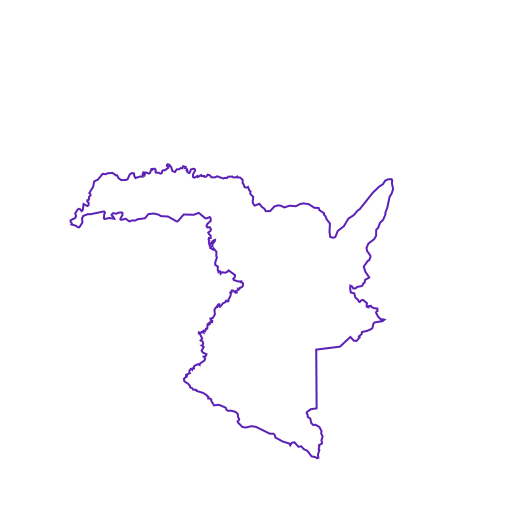 Nova Xavantina, Mato Grosso, Brazil (Mercator projection), rotated 218°
{"feature_id": "56859067B60221842675231", "entity_name": "Nova Xavantina", "entity_type": "district", "adm_level": 2, "iso_a3": "BRA", "parent_name": "Brazil", "parent_adm1": "Mato Grosso", "projection": "mercator", "projection_center": [-52.318, -14.678], "detail": "fine", "context": "isolated", "style": "outline", "palette": "violet", "viewbox_px": 512, "rotation_deg": 218, "n_neighbors": 0, "source": "geoboundaries", "source_scale": "gbopen_adm2", "svg_char_len": 6148}
<svg xmlns="http://www.w3.org/2000/svg" viewBox="0 0 512 512"><g transform="rotate(218 256 256)"><path d="M83.3,134.3L82.6,135.4L84.8,137.4L86.6,142.1L87.5,142.1L88.7,144.7L89.6,145.0L89.9,146.0L88.6,148.5L89.1,149.6L91.0,151.1L92.4,154.8L95.5,156.4L96.5,158.3L100.9,160.3L105.3,159.6L106.8,158.0L109.6,158.4L113.1,161.3L116.3,161.1L117.4,162.5L119.5,163.5L119.8,164.5L118.5,169.0L114.5,173.2L115.0,174.0L150.9,219.3L134.0,236.3L131.8,250.3L126.8,249.5L124.5,250.9L124.2,255.7L125.4,255.9L124.7,259.4L125.7,261.3L122.3,265.5L120.3,269.2L119.9,270.8L121.9,275.3L121.5,276.9L116.3,282.4L115.6,284.8L117.5,284.0L118.2,282.9L122.6,283.4L126.6,285.3L126.9,286.6L126.4,287.5L128.0,289.3L131.1,287.5L133.7,286.9L134.8,287.5L136.3,285.9L135.7,284.8L136.8,284.4L137.8,284.3L139.5,287.1L144.6,287.3L145.6,286.2L146.0,283.6L147.0,283.4L148.7,284.3L152.0,284.4L155.6,287.1L158.8,285.6L161.6,288.1L163.4,290.7L161.5,291.1L159.3,290.3L157.6,291.8L157.2,294.0L154.3,297.3L153.9,298.4L154.6,300.2L154.0,301.7L155.3,304.4L153.5,308.8L160.3,311.0L164.6,314.0L164.9,321.2L164.2,322.1L165.0,325.3L165.9,326.6L171.6,328.4L173.9,330.4L175.1,335.0L173.3,341.8L173.5,343.9L173.9,346.0L177.4,350.6L177.1,353.5L178.7,358.4L178.1,362.8L179.6,368.5L180.6,369.5L182.5,375.4L187.1,384.7L187.6,388.9L189.2,393.2L193.6,396.9L195.4,399.6L196.5,400.0L199.2,397.6L200.6,394.9L200.2,390.6L201.6,386.7L202.9,378.1L203.1,356.6L203.9,354.4L204.1,348.5L206.2,342.3L205.1,333.6L207.0,326.0L205.4,320.7L205.4,319.3L206.4,317.9L209.2,316.7L212.9,320.2L217.7,327.1L222.9,328.4L225.7,330.1L228.0,330.5L228.7,331.6L234.3,331.2L236.2,332.4L239.7,329.9L246.4,329.3L250.9,326.7L253.1,324.4L255.3,319.7L260.5,316.3L263.6,311.7L267.2,311.0L269.8,309.5L272.0,306.3L272.5,300.1L275.9,297.3L278.3,298.4L281.7,298.3L285.5,299.2L288.1,294.9L289.4,295.1L291.8,296.4L294.5,300.8L298.9,301.5L300.1,303.5L301.5,303.5L304.8,305.5L305.3,304.3L307.3,303.2L310.1,305.0L311.1,305.0L313.6,307.9L317.0,308.0L318.9,306.5L319.7,307.0L320.0,305.9L322.3,303.9L323.6,304.0L326.8,301.3L326.9,299.4L328.5,298.6L329.5,296.9L335.7,294.9L336.6,292.8L339.7,290.5L341.9,291.2L344.1,290.4L344.0,288.1L345.4,286.6L346.2,287.1L348.0,285.5L349.1,286.0L350.4,282.5L351.4,283.0L352.7,279.8L354.4,279.5L355.9,281.7L356.6,285.9L357.7,286.7L358.9,286.4L360.5,284.3L359.5,280.4L361.5,279.8L362.3,280.9L363.3,280.6L363.5,281.8L365.1,282.1L365.9,281.6L366.2,282.8L368.7,281.9L368.0,279.7L369.5,279.0L369.9,277.1L371.8,275.5L371.6,272.2L374.3,271.5L377.5,273.8L380.2,274.5L382.0,274.0L382.3,273.0L381.6,272.1L379.8,272.3L379.4,271.5L380.7,267.2L382.0,266.4L382.2,265.1L381.3,263.3L382.1,262.0L384.0,261.7L386.1,260.1L387.4,260.7L387.8,261.9L389.4,262.5L391.8,260.3L390.9,259.7L391.6,258.7L390.6,256.3L391.1,255.0L393.4,254.4L396.4,252.5L394.1,248.7L396.2,247.4L399.0,243.2L401.6,244.4L403.0,246.0L405.0,244.8L405.7,242.6L404.4,237.2L405.7,235.5L408.8,232.9L412.2,232.7L415.1,234.1L415.9,233.3L420.2,233.1L423.6,230.1L425.1,227.6L427.4,226.4L427.6,218.9L429.4,215.1L427.0,210.4L426.1,203.0L424.6,202.8L423.7,201.9L424.0,199.8L422.3,197.5L423.3,196.0L422.7,195.2L420.4,194.8L419.2,192.7L419.7,191.5L423.9,190.8L420.9,185.8L421.0,184.0L423.2,184.6L424.7,184.1L425.1,182.9L424.8,178.4L422.3,176.7L421.9,174.5L424.1,170.1L423.4,169.0L420.9,168.1L420.8,167.2L417.4,168.7L413.5,169.2L412.9,169.9L413.4,175.5L416.2,178.5L416.8,181.2L414.2,185.6L412.3,186.8L403.9,196.8L402.9,197.6L401.6,197.1L401.3,195.4L398.9,191.9L398.1,191.9L395.0,195.6L390.6,198.1L393.0,199.2L394.4,199.0L395.1,199.5L395.2,200.9L394.9,201.9L392.3,203.1L390.9,205.7L388.6,207.7L387.7,207.7L386.4,205.9L385.9,201.9L385.2,201.3L384.2,201.7L381.7,205.1L377.1,205.3L375.7,207.6L373.0,209.6L371.9,212.1L366.7,217.4L366.6,222.8L362.5,226.7L357.9,228.7L355.5,228.9L349.5,233.0L339.7,234.4L339.0,235.4L338.5,244.2L330.4,250.2L327.6,254.8L319.2,254.5L318.2,255.1L316.4,258.2L315.2,257.9L313.3,255.9L314.1,251.5L313.5,249.1L311.8,248.6L310.2,250.2L308.0,249.4L307.3,247.5L308.1,245.1L306.3,244.2L304.4,244.2L302.8,242.3L304.2,241.2L303.5,239.8L302.4,239.5L301.8,238.0L299.4,236.0L299.3,241.5L298.2,243.4L297.6,242.3L297.7,238.4L296.2,236.8L297.4,235.6L297.1,234.2L293.7,234.6L293.9,235.9L289.7,234.9L287.3,231.5L285.9,230.8L284.3,226.1L282.6,223.9L279.5,224.2L277.9,221.8L275.8,220.3L275.8,221.3L274.9,221.8L273.0,220.2L272.8,222.3L270.2,223.7L268.9,225.7L268.7,227.8L260.7,228.0L259.6,226.1L259.9,224.0L258.6,223.4L254.1,225.1L252.1,226.9L251.7,226.0L250.4,226.7L249.4,226.4L248.3,225.2L247.8,223.1L249.1,221.1L248.8,220.2L250.0,219.3L249.0,218.7L250.4,215.6L248.8,215.3L249.3,214.6L253.1,214.6L254.0,213.8L252.9,212.2L253.7,211.3L252.5,210.7L251.5,208.6L250.8,204.4L250.0,203.8L250.2,202.8L252.1,202.3L251.7,200.9L252.9,198.3L253.1,193.7L253.9,193.6L255.3,195.3L255.9,194.7L255.8,192.4L255.2,191.7L255.9,190.9L255.7,188.1L252.4,184.6L251.9,180.4L253.4,178.6L252.3,177.7L250.5,178.0L249.8,176.8L251.5,175.5L250.4,173.7L251.2,172.5L251.9,173.5L252.2,172.5L249.7,168.7L250.7,167.8L249.7,165.4L251.4,164.9L251.4,163.8L250.3,163.2L252.1,162.6L252.3,161.3L254.0,160.7L253.4,159.7L252.5,160.2L247.5,157.8L247.7,155.4L245.4,155.7L243.9,154.7L242.9,152.7L243.5,152.1L241.2,152.1L240.5,147.8L238.6,147.2L234.5,148.1L234.0,146.0L235.3,144.5L232.8,143.8L232.3,142.0L234.0,136.4L233.3,135.4L235.2,135.0L236.7,132.0L236.9,130.6L235.7,129.2L236.5,128.8L236.2,127.1L237.4,127.5L237.9,126.8L237.8,124.6L236.8,123.1L236.0,122.9L237.8,119.7L236.8,119.5L236.5,118.5L237.4,118.6L236.8,117.4L237.2,114.9L235.3,113.1L230.7,113.5L228.1,113.0L227.2,112.0L224.7,112.5L223.3,112.0L220.7,113.7L219.7,113.1L213.5,115.5L209.0,116.0L207.9,115.4L206.9,115.8L205.9,114.3L204.3,115.4L203.0,115.4L202.2,114.4L197.1,112.4L194.3,115.4L192.4,116.3L186.5,117.8L184.5,116.6L182.6,116.8L181.0,118.4L176.5,120.5L173.3,120.4L171.0,118.0L168.9,117.2L168.4,116.3L168.7,114.4L167.8,113.7L161.4,112.9L158.4,114.6L154.8,119.1L150.9,121.3L135.7,124.5L132.8,126.7L131.2,126.5L128.7,124.9L120.7,126.3L114.3,128.7L112.5,127.9L112.8,130.7L111.1,132.9L105.2,131.8L103.1,133.9L99.6,133.2L95.7,134.1L88.7,132.3L86.0,133.9L83.3,134.3ZM395.0,250.8L394.0,252.0L393.5,250.8L395.0,250.8Z" fill="none" stroke="#5b21b6" stroke-width="2"/></g></svg>